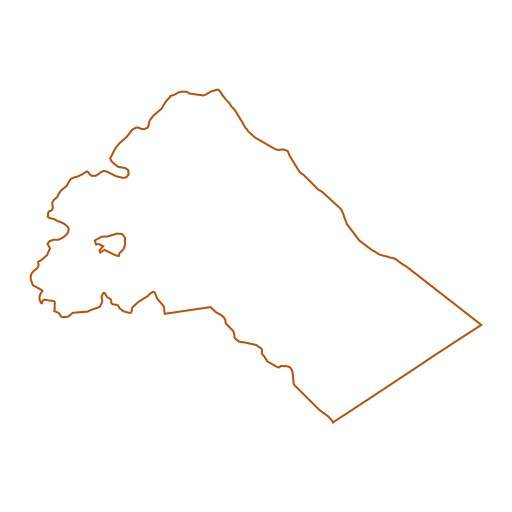 SVG path tracing the border of Rif Dimashq
{"feature_id": "SYR-144", "entity_name": "Rif Dimashq", "entity_type": "Province", "adm_level": 1, "iso_a3": "SYR", "parent_name": "Syria", "parent_adm1": "", "projection": "albers", "projection_center": [36.607, 33.459], "detail": "fine", "context": "isolated", "style": "outline", "palette": "amber", "viewbox_px": 512, "rotation_deg": 0, "n_neighbors": 0, "source": "natural_earth", "source_scale": "10m", "svg_char_len": 5109}
<svg xmlns="http://www.w3.org/2000/svg" viewBox="0 0 512 512"><path d="M142.2,129.2L144.7,129.0L147.6,127.6L148.6,125.6L149.0,123.0L150.0,120.0L153.5,115.5L161.6,108.6L165.7,101.6L170.8,96.1L170.7,95.8L174.3,94.8L178.7,92.3L181.6,91.7L185.8,91.7L186.6,91.8L189.8,93.6L202.5,95.3L204.1,95.3L204.6,95.2L210.8,91.6L216.2,89.9L217.6,89.7L218.4,89.7L219.4,90.7L221.7,93.9L221.8,94.3L222.4,95.2L226.4,100.1L228.9,102.6L231.5,106.6L234.7,109.9L235.8,111.4L237.0,113.7L239.7,117.9L240.7,119.8L241.0,120.1L242.3,122.2L242.6,122.9L244.4,125.9L244.6,126.4L244.9,127.1L245.4,128.0L245.7,128.2L246.5,128.9L246.8,129.1L247.3,129.8L248.1,131.3L254.3,136.9L256.3,138.4L257.3,138.9L257.4,139.0L257.6,139.0L275.1,149.1L276.9,149.7L277.8,149.9L279.7,149.9L283.2,149.4L286.8,150.7L287.9,151.4L288.0,151.7L288.2,152.1L288.3,152.4L288.4,152.8L289.6,155.6L290.1,156.5L290.2,156.8L299.7,172.1L301.0,173.2L303.7,175.0L318.2,189.5L321.3,191.3L323.1,192.7L340.7,208.8L341.8,210.6L343.6,214.8L343.9,216.1L344.1,216.7L344.2,217.0L345.3,219.8L345.9,221.2L346.9,224.1L359.3,240.5L371.7,249.9L376.8,252.8L378.5,254.0L381.3,255.2L388.1,256.8L389.9,257.6L393.0,258.0L393.3,258.1L393.6,258.2L395.3,259.0L396.5,259.7L401.1,263.3L406.6,266.7L481.2,324.8L481.3,324.9L466.0,334.8L434.7,355.2L411.8,370.5L380.8,391.0L349.8,411.4L333.1,422.3L333.1,422.2L330.0,418.3L328.3,416.5L319.4,410.0L294.5,385.2L294.0,384.4L293.9,384.2L293.8,383.9L293.6,383.1L292.7,373.2L292.2,371.1L291.9,370.3L291.6,369.7L290.8,368.4L289.5,367.1L286.6,366.2L281.4,366.0L280.5,366.2L280.0,366.7L279.8,366.9L279.5,367.1L278.8,367.4L278.4,367.5L276.1,366.4L266.8,361.1L266.5,359.7L266.2,359.2L265.7,358.9L265.3,358.4L265.1,358.1L265.0,357.9L264.8,357.6L264.7,357.2L264.4,356.6L264.2,356.3L263.7,355.8L263.4,355.6L263.1,355.3L262.8,354.8L262.4,354.2L262.0,353.6L262.0,353.3L261.9,353.0L261.9,351.8L262.0,351.0L262.0,350.5L262.0,350.1L261.9,349.7L261.8,349.4L261.6,349.0L261.4,348.7L261.2,348.5L260.6,348.0L258.5,346.8L257.6,346.1L257.1,345.6L256.8,345.4L255.9,344.9L244.0,342.3L243.0,342.3L239.8,341.9L239.2,341.6L235.5,338.8L235.0,338.3L234.8,338.0L234.7,337.6L234.5,336.8L234.3,336.0L234.2,334.1L233.7,332.3L233.4,331.5L233.2,331.0L232.8,330.6L226.4,324.1L226.0,323.5L225.7,322.8L225.3,320.2L225.1,319.5L224.3,318.1L222.3,315.8L221.7,315.4L216.5,312.5L214.9,311.3L213.4,309.8L212.6,309.1L210.9,307.3L210.6,307.1L164.7,313.8L164.3,311.5L164.2,308.0L164.1,307.6L164.0,307.2L163.9,306.8L163.6,306.2L163.3,305.8L157.2,298.7L156.8,298.0L156.5,297.3L155.7,294.7L155.4,294.0L155.1,293.3L154.9,292.9L154.5,292.5L153.9,292.0L153.1,292.0L152.5,292.0L149.5,294.1L148.5,295.4L147.9,296.0L138.9,301.6L138.2,302.1L132.7,307.1L132.1,308.0L132.0,308.4L131.9,308.8L131.7,311.1L131.6,311.5L131.5,311.9L131.3,312.2L131.2,312.4L130.8,312.7L130.4,312.9L129.4,312.8L128.0,312.6L123.3,311.2L122.6,310.7L122.1,310.2L121.6,309.7L119.8,308.5L119.5,308.3L119.4,308.0L118.6,306.2L118.4,305.9L118.2,305.7L117.7,305.2L117.3,305.1L116.5,304.8L113.2,304.4L112.7,304.2L112.4,304.0L112.1,303.8L111.8,303.6L111.6,303.3L111.4,303.0L111.3,302.6L111.1,300.3L111.0,300.0L110.9,299.6L110.6,299.3L110.4,299.1L110.1,298.9L108.2,297.8L107.9,297.6L107.4,297.2L106.5,296.1L105.0,293.5L104.8,293.3L104.6,293.0L104.2,292.8L103.9,292.7L103.4,293.0L102.8,293.8L101.9,295.8L101.7,296.7L101.6,297.4L102.2,299.8L102.3,300.7L102.3,301.1L102.2,301.5L102.0,302.4L101.7,303.1L100.6,305.0L100.0,306.7L98.2,307.5L90.6,310.1L87.9,311.5L87.1,311.7L72.8,312.8L72.4,313.0L69.8,315.4L68.6,316.2L68.0,316.5L66.9,316.9L65.8,317.1L62.4,317.0L61.2,316.7L60.5,315.9L59.4,313.8L58.7,313.1L58.2,312.7L54.3,311.1L54.6,309.7L54.7,308.7L54.6,305.4L54.8,303.6L54.8,302.6L54.8,302.2L54.7,301.8L54.3,301.4L53.5,301.0L51.2,300.6L49.1,300.5L44.9,299.7L44.5,299.7L44.1,299.8L43.4,300.1L43.1,300.4L42.9,300.6L42.8,300.9L42.7,301.2L42.4,302.1L42.1,302.8L41.9,303.1L41.7,303.4L41.4,303.3L40.9,302.8L39.8,300.1L39.6,299.4L39.5,299.0L39.5,298.1L39.5,297.2L39.8,295.9L40.1,294.6L40.4,294.0L40.6,293.7L41.3,292.5L42.2,291.4L42.4,291.1L42.4,290.7L40.5,289.4L33.0,285.4L31.6,281.9L30.7,279.2L30.7,276.3L31.6,273.4L33.5,271.1L36.5,268.9L38.0,267.2L38.6,265.2L38.1,261.9L41.4,260.0L47.0,255.3L50.0,248.4L47.5,243.9L49.6,241.1L53.9,239.7L58.1,239.8L61.6,238.3L65.3,235.8L68.1,232.5L68.7,228.5L67.1,226.1L64.1,223.8L60.8,222.1L58.2,221.4L54.0,219.0L50.0,218.2L47.7,216.7L48.4,212.1L49.1,211.3L51.5,210.5L52.3,209.6L52.8,207.6L52.3,203.6L52.6,201.8L54.0,199.9L57.3,196.9L58.4,194.4L60.9,190.7L66.9,185.6L69.3,181.0L71.1,178.7L74.0,177.5L77.4,176.6L80.5,175.3L87.0,171.4L88.1,172.1L90.4,175.0L91.9,175.9L95.6,175.8L98.5,174.1L101.1,172.0L103.8,171.0L106.9,171.6L116.1,176.2L122.9,177.9L126.4,177.3L128.6,174.4L128.2,170.0L125.1,168.1L118.1,166.8L112.8,162.7L111.7,161.4L110.5,159.3L110.2,158.5L114.1,150.7L116.5,146.8L119.4,143.3L126.5,137.1L132.5,129.5L136.3,127.5L138.4,127.7L142.2,129.2ZM118.8,256.0L119.4,253.3L123.6,249.1L125.2,244.3L124.9,240.3L125.1,237.9L122.2,234.0L117.2,233.6L107.1,236.5L101.7,236.7L94.8,240.5L96.1,244.5L98.9,244.1L103.2,246.3L99.4,250.3L100.3,252.5L104.4,249.8L115.4,255.3L118.8,256.0Z" fill="none" stroke="#b45309" stroke-width="2"/></svg>